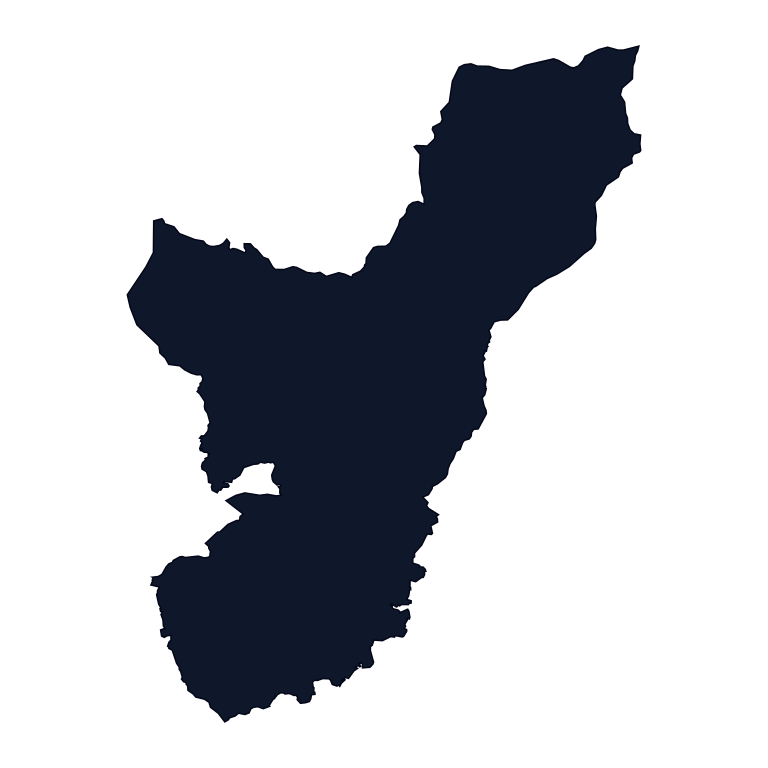 Lapus, Maramures, Romania (Equal Earth projection)
{"feature_id": "2599482B74882735092857", "entity_name": "Lapus", "entity_type": "district", "adm_level": 2, "iso_a3": "ROU", "parent_name": "Romania", "parent_adm1": "Maramures", "projection": "equal_earth", "projection_center": [24.024, 47.535], "detail": "fine", "context": "isolated", "style": "filled", "palette": "ink", "viewbox_px": 768, "rotation_deg": 0, "n_neighbors": 0, "source": "geoboundaries", "source_scale": "gbopen_adm2", "svg_char_len": 6104}
<svg xmlns="http://www.w3.org/2000/svg" viewBox="0 0 768 768"><path d="M403.6,636.4L406.7,631.3L406.6,629.5L404.1,628.5L405.6,626.4L404.8,624.3L407.5,619.7L407.0,618.4L409.4,619.0L409.9,617.3L408.9,611.2L407.7,609.2L399.9,612.7L400.0,611.8L398.0,610.0L393.2,608.8L392.0,607.1L392.3,606.1L390.4,604.7L391.3,603.8L396.4,607.0L397.6,606.3L398.0,604.6L399.7,605.9L401.4,604.6L408.4,604.6L408.9,603.6L411.2,603.0L411.2,600.8L406.8,599.4L408.7,595.7L409.7,589.5L410.7,589.7L410.6,587.4L409.4,586.7L410.0,586.6L410.1,580.2L415.7,581.7L421.5,577.5L423.2,577.4L424.6,574.7L424.4,571.8L425.9,571.3L425.1,569.1L423.1,567.1L419.8,566.9L419.7,565.7L418.2,564.8L412.8,563.2L412.8,558.3L414.6,556.8L414.5,553.1L421.7,545.1L426.7,534.9L428.1,534.0L431.2,534.5L432.5,533.4L430.8,525.8L437.6,522.1L437.4,518.7L436.1,516.5L438.5,514.7L428.6,508.5L426.5,505.8L428.0,502.6L422.7,497.1L428.4,494.7L432.1,488.7L432.4,486.5L437.4,483.9L445.4,477.6L447.4,474.0L448.1,468.7L449.9,463.9L453.3,458.6L456.1,451.3L460.1,449.5L462.5,442.9L464.3,440.4L469.3,438.9L471.2,436.1L471.5,432.5L473.6,429.4L478.2,428.9L486.4,413.7L486.1,410.6L484.0,405.7L482.2,397.8L484.7,394.9L486.3,388.7L485.4,387.6L485.9,386.8L485.2,385.2L486.2,379.2L484.5,376.0L482.8,361.8L485.0,359.2L483.1,355.8L485.0,352.0L484.4,350.8L486.4,351.2L487.2,347.2L488.0,346.5L487.4,345.8L487.6,343.5L489.6,341.9L489.0,340.9L490.9,336.8L488.9,329.9L490.5,328.7L494.2,321.8L500.6,320.1L507.7,319.9L518.2,309.4L528.4,293.0L533.8,286.9L535.5,286.5L547.1,278.5L556.8,274.2L569.5,266.4L584.0,253.5L591.3,248.2L594.7,243.2L595.7,239.6L595.3,229.1L596.4,216.2L594.8,204.6L595.1,202.2L601.4,195.4L606.4,185.1L618.4,176.9L620.1,171.8L622.6,168.3L632.2,163.0L631.6,158.0L633.5,154.2L639.5,152.0L640.7,150.6L639.9,143.9L640.6,135.0L634.1,133.8L630.0,129.8L627.7,123.5L627.4,117.8L625.6,113.5L624.6,102.1L620.3,95.0L622.1,88.0L632.4,78.9L632.9,66.0L634.8,60.8L635.4,55.4L637.5,51.3L638.9,46.1L623.2,50.1L618.1,50.1L607.6,47.2L598.5,49.6L585.2,56.2L582.9,60.8L578.4,65.9L573.9,67.8L570.5,67.3L558.4,60.4L553.6,58.8L525.2,65.4L512.1,70.3L500.0,69.6L489.0,66.3L477.2,66.1L471.0,63.8L464.2,64.7L459.2,67.2L452.4,81.1L449.3,102.3L440.8,111.5L442.3,119.5L440.8,122.9L432.9,127.0L432.3,129.4L434.9,134.6L434.6,138.8L427.3,146.0L416.3,145.5L414.2,146.8L420.2,154.6L419.4,173.3L421.8,187.2L421.9,192.5L424.2,198.4L424.1,204.3L418.1,201.5L412.6,202.6L408.8,205.5L406.7,209.4L406.4,212.8L403.9,216.4L400.0,219.8L398.6,225.5L390.0,243.1L385.9,246.2L377.5,246.4L373.5,247.6L366.4,257.7L366.0,263.6L364.7,264.9L364.2,267.1L360.5,271.1L352.7,274.7L351.8,277.4L344.7,274.2L338.8,272.7L326.4,276.4L319.9,272.3L314.7,273.4L306.8,272.4L296.7,267.4L292.9,266.7L284.2,269.5L275.1,269.4L272.5,266.7L268.2,259.1L263.1,257.2L256.9,249.7L254.1,248.0L250.4,243.8L244.2,243.7L244.3,247.6L246.2,250.6L245.0,252.9L237.0,249.3L233.2,248.5L229.6,249.7L228.9,247.5L229.6,242.7L226.8,239.1L223.3,243.3L219.7,245.4L213.7,246.5L209.8,246.2L206.1,244.4L203.4,241.1L194.8,239.6L179.4,233.6L174.0,226.8L164.6,223.7L163.8,220.9L162.0,218.7L153.7,220.9L153.4,252.6L145.9,267.0L127.3,294.8L130.2,307.3L136.9,324.8L159.0,346.0L159.9,353.0L165.3,358.1L168.8,364.4L179.7,365.8L184.9,370.0L191.0,373.1L196.6,374.8L201.0,374.7L202.2,376.8L202.8,378.5L202.1,381.6L200.0,383.6L200.3,385.9L198.2,388.0L198.3,390.1L197.1,391.5L199.7,393.8L204.9,401.7L204.4,406.7L205.0,409.7L207.5,413.2L210.1,422.9L208.0,425.4L208.5,427.9L207.9,431.1L204.2,435.9L201.3,435.9L199.6,438.2L201.5,438.5L200.6,441.3L201.8,441.6L201.5,443.4L202.1,444.3L200.8,445.0L199.7,448.6L200.4,450.4L201.8,449.2L201.4,450.6L204.3,452.3L208.5,452.4L207.7,452.8L208.1,453.5L209.4,454.3L208.2,454.9L208.1,457.1L205.0,458.6L205.4,460.1L202.5,462.8L201.5,466.3L202.1,469.2L206.5,471.7L208.0,476.1L208.6,482.4L212.5,483.4L211.4,486.8L212.2,490.3L217.2,492.8L218.9,490.0L220.7,490.2L222.1,488.3L221.8,487.3L228.0,487.2L229.1,485.9L227.9,483.9L223.3,483.0L224.2,481.5L231.6,482.3L232.5,479.0L234.6,478.8L239.9,475.1L243.8,467.6L253.2,464.4L258.0,463.9L260.3,462.2L264.8,463.1L268.4,462.1L270.3,462.8L273.4,462.3L275.4,465.8L271.7,475.1L272.3,479.4L273.3,481.8L277.1,485.1L279.9,484.2L281.0,486.1L278.3,486.8L279.9,488.8L279.8,493.2L281.4,495.2L276.4,495.9L267.4,494.3L259.6,495.3L244.8,492.9L235.8,495.4L226.0,500.6L243.2,514.0L240.1,516.5L239.5,520.3L236.3,520.6L227.9,524.4L219.8,532.0L217.6,532.1L216.2,533.3L205.4,543.4L208.7,546.4L208.8,548.3L210.4,551.2L209.9,555.7L208.8,557.2L204.3,557.9L198.3,556.1L185.3,557.5L182.2,556.5L179.7,556.9L173.3,560.4L172.5,562.4L169.0,563.7L166.2,566.8L162.0,574.3L158.3,576.5L152.4,577.2L153.5,577.8L152.4,579.3L152.3,581.8L150.9,585.0L159.5,587.0L157.5,590.6L157.5,592.8L156.6,594.7L158.7,604.2L161.0,608.2L160.0,608.6L160.6,611.5L162.5,611.8L161.0,614.5L162.9,619.6L163.4,626.1L165.0,628.3L160.6,629.9L161.6,636.1L164.3,637.4L167.0,635.8L170.9,635.3L171.0,640.0L168.9,642.3L167.6,646.3L168.9,647.3L168.9,648.5L172.2,650.1L176.6,663.3L179.2,667.1L179.3,669.6L180.6,671.3L182.3,677.0L181.5,679.1L183.5,681.7L186.1,682.5L186.1,684.1L187.6,685.9L188.0,690.4L193.1,693.9L195.8,697.1L204.5,699.2L209.0,702.3L210.5,707.3L218.3,713.3L224.8,721.9L228.2,719.9L229.7,717.8L235.2,716.0L238.5,713.2L245.0,714.5L249.1,712.9L250.7,709.0L253.5,707.3L257.8,706.7L263.2,708.7L269.7,706.3L269.2,705.6L270.9,702.7L273.1,699.3L274.7,698.5L275.2,695.8L275.9,696.6L277.6,694.5L280.8,692.8L283.8,693.0L284.9,694.0L289.3,693.5L294.1,695.5L296.3,695.3L297.6,697.5L297.2,699.7L300.5,703.3L305.6,702.7L309.4,701.5L310.8,698.8L311.4,694.8L315.0,694.3L314.8,692.3L313.6,691.4L314.0,687.9L313.1,686.7L312.5,682.1L314.3,680.4L317.7,680.4L322.7,678.6L328.9,678.8L330.4,680.0L332.3,684.5L336.9,686.1L339.0,685.1L339.8,686.3L341.5,683.1L345.1,679.8L344.6,679.2L341.2,682.1L341.9,679.2L343.5,679.9L344.9,677.4L348.5,678.4L353.9,670.9L357.6,668.4L355.1,666.9L358.4,665.6L359.5,666.8L360.6,666.5L359.2,663.3L361.6,663.1L362.4,664.0L362.5,667.9L369.9,667.3L372.7,664.4L373.6,662.2L370.4,650.7L370.4,646.7L372.2,645.3L373.9,640.1L382.4,640.7L390.7,636.6L394.5,637.1L394.7,635.9L397.0,635.9L402.2,637.0L403.6,636.4Z" fill="#0f172a" stroke="#020617" stroke-width="1.5"/></svg>